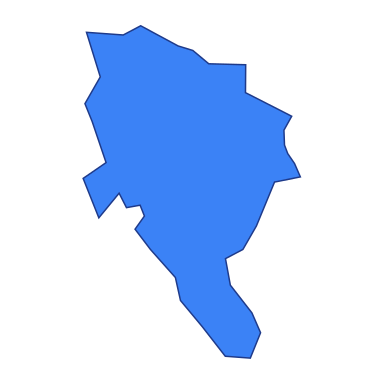 outline of Izboskan, Andijon, Uzbekistan, rotated 89°
{"feature_id": "79887680B50454088446008", "entity_name": "Izboskan", "entity_type": "district", "adm_level": 2, "iso_a3": "UZB", "parent_name": "Uzbekistan", "parent_adm1": "Andijon", "projection": "natural_earth1", "projection_center": [72.251, 40.931], "detail": "fine", "context": "isolated", "style": "filled", "palette": "blue", "viewbox_px": 384, "rotation_deg": 89, "n_neighbors": 0, "source": "geoboundaries", "source_scale": "gbopen_adm2", "svg_char_len": 623}
<svg xmlns="http://www.w3.org/2000/svg" viewBox="0 0 384 384"><g transform="rotate(89 192 192)"><path d="M248.8,234.5L277.2,210.1L300.3,205.4L326.7,184.2L356.8,161.6L359.1,136.6L333.9,125.9L313.9,134.2L285.8,155.3L259.2,159.7L250.3,142.1L227.1,128.2L183.5,109.3L178.8,83.4L165.3,89.0L155.3,95.6L146.7,98.7L131.8,99.0L118.0,91.0L93.6,136.8L65.7,136.1L64.1,173.0L50.5,188.7L45.7,203.4L24.9,240.4L33.8,258.0L30.5,294.7L75.3,281.7L101.8,297.5L119.8,290.6L161.1,277.4L176.5,300.6L216.2,285.6L191.9,264.9L206.5,257.8L204.3,244.1L215.2,240.0L228.2,249.6L248.8,234.5Z" fill="#3b82f6" stroke="#1e3a8a" stroke-width="1.5"/></g></svg>